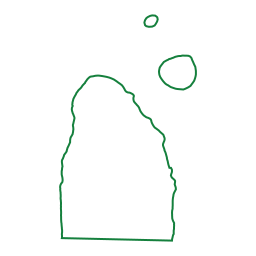 outline of North Ari, Maldives
{"feature_id": "70690204B20684534310008", "entity_name": "North Ari", "entity_type": "district", "adm_level": 2, "iso_a3": "MDV", "parent_name": "Maldives", "parent_adm1": "", "projection": "orthographic", "projection_center": [72.851, 4.166], "detail": "fine", "context": "isolated", "style": "outline", "palette": "green", "viewbox_px": 256, "rotation_deg": 0, "n_neighbors": 0, "source": "geoboundaries", "source_scale": "gbopen_adm2", "svg_char_len": 4452}
<svg xmlns="http://www.w3.org/2000/svg" viewBox="0 0 256 256"><path d="M172.0,240.6L172.1,239.1L172.5,237.6L172.8,236.2L173.2,234.8L173.7,234.0L173.7,232.1L173.7,230.6L174.0,228.9L174.0,227.8L174.0,226.9L174.1,226.0L174.1,225.1L174.0,224.3L174.1,223.9L174.1,223.4L174.1,223.0L173.0,220.8L172.5,219.4L172.2,218.1L172.2,217.1L172.1,215.8L172.1,214.0L172.0,212.9L172.1,212.0L172.1,211.0L172.6,208.7L172.6,207.1L172.7,205.5L172.7,203.9L172.7,202.5L172.7,200.8L172.8,199.3L173.0,197.6L173.3,196.2L173.5,194.6L173.9,193.3L174.5,192.0L175.2,190.7L175.9,189.3L175.7,187.3L175.1,185.6L174.7,184.3L175.0,182.5L175.1,181.0L174.7,180.2L173.5,179.0L171.8,177.5L171.4,176.7L170.9,175.4L171.3,173.8L171.8,172.5L172.0,171.1L171.9,169.6L171.0,167.9L170.5,167.9L169.4,167.8L169.0,166.5L168.4,164.6L168.0,162.8L167.7,161.1L167.2,159.6L166.9,158.2L166.9,157.6L166.1,154.7L165.7,153.2L165.3,152.1L164.5,150.4L164.5,149.9L164.1,148.5L163.4,146.7L163.0,145.3L163.0,144.2L163.6,142.4L164.3,140.8L164.6,139.7L164.6,138.2L163.3,134.7L161.7,133.3L160.2,132.0L158.7,130.4L157.6,129.6L156.4,128.7L154.8,127.6L153.9,126.5L152.9,124.9L152.1,123.4L151.5,121.9L151.2,120.5L150.8,119.5L149.9,118.7L148.3,117.9L147.0,117.5L146.1,117.1L143.6,115.3L142.1,113.6L141.4,112.6L140.7,111.6L140.4,111.1L140.1,110.3L139.7,109.5L139.5,108.8L139.2,108.1L138.9,107.4L138.4,106.7L138.0,106.1L137.5,105.6L136.8,104.9L136.3,104.2L135.4,103.3L134.6,102.3L134.0,101.6L133.7,100.7L133.5,99.7L133.4,98.9L133.4,97.9L133.7,96.8L133.9,95.9L133.3,94.7L132.4,94.0L130.3,92.9L129.4,92.6L128.0,92.5L126.8,92.0L125.9,91.4L125.0,90.2L124.6,89.3L123.4,87.2L122.0,85.3L120.2,83.9L118.3,82.6L116.6,81.3L113.9,79.5L111.2,78.3L109.3,77.6L106.7,76.9L104.7,76.5L102.5,76.1L100.4,75.8L98.9,75.6L97.2,75.6L95.2,75.8L93.0,76.3L91.3,76.5L90.3,76.7L89.0,77.6L88.1,78.5L87.4,79.2L86.5,80.5L85.2,82.3L85.0,83.0L84.3,83.6L83.5,84.5L82.7,85.3L82.0,86.3L81.3,87.4L80.5,88.3L79.2,89.5L78.3,90.4L77.6,91.5L76.5,92.9L75.8,94.5L74.9,96.0L74.3,97.1L73.4,98.9L72.9,100.9L72.5,102.3L72.5,103.2L72.3,104.1L72.3,104.7L72.4,105.4L72.7,105.8L72.6,106.3L72.1,107.3L71.9,108.2L71.8,109.5L72.1,111.1L72.4,112.0L72.8,113.5L73.2,114.1L73.5,115.0L73.7,115.6L74.1,116.5L74.4,117.5L74.5,118.1L74.3,119.1L74.0,120.5L73.7,121.7L73.3,123.6L72.9,125.0L73.0,126.2L73.2,126.9L73.3,128.2L73.4,129.3L73.2,130.4L73.1,131.4L73.0,132.2L72.7,133.5L72.6,134.2L72.0,135.2L71.6,135.9L71.2,136.6L70.7,137.4L70.4,138.4L70.2,139.7L70.1,140.7L70.1,141.6L70.1,142.3L69.7,143.2L69.3,144.1L68.7,145.5L68.1,146.7L67.5,147.9L67.2,149.0L66.8,150.4L66.6,151.5L65.9,152.5L65.3,153.4L64.7,154.1L64.0,155.2L63.8,156.3L63.5,157.0L63.2,157.7L63.0,158.4L62.6,159.1L62.2,159.8L61.9,160.9L61.9,162.1L62.0,163.0L62.2,164.5L62.3,165.4L62.5,166.3L62.2,167.6L62.0,169.1L62.0,169.9L61.8,170.5L61.7,171.2L61.7,171.8L61.7,173.1L61.7,174.4L61.9,175.5L62.2,176.7L62.4,177.7L62.5,178.5L62.6,179.6L62.6,180.7L62.4,181.7L62.2,182.4L61.8,182.8L61.2,183.5L60.7,184.5L60.4,185.3L60.2,186.2L60.1,187.2L60.3,188.3L60.2,189.7L60.4,191.3L60.6,192.6L60.6,194.0L60.7,194.6L60.7,196.9L60.6,197.6L60.6,198.9L60.8,200.1L60.9,201.6L61.0,202.7L61.0,204.1L60.9,205.4L61.0,206.5L60.9,208.5L61.0,210.0L61.1,211.8L61.1,213.5L61.0,215.5L61.1,216.7L61.1,217.9L61.1,219.1L61.2,220.8L61.3,222.3L61.5,223.3L61.6,225.1L61.7,226.1L61.8,227.2L61.9,227.9L61.9,228.9L62.1,230.0L62.1,231.0L62.1,231.7L62.1,232.1L62.1,232.5L62.0,232.8L62.0,233.1L61.9,233.8L61.9,234.2L61.9,234.7L62.0,235.4L62.0,236.3L62.0,237.7L61.9,238.1L172.0,240.6ZM195.9,72.6L195.9,70.9L195.6,68.9L195.3,66.8L194.4,65.0L193.8,63.7L193.1,62.0L192.2,60.1L191.8,59.1L191.6,58.3L191.1,57.6L190.1,56.5L188.5,55.8L187.0,55.7L185.5,55.7L183.6,55.6L182.2,55.6L180.7,56.0L179.5,56.0L178.2,56.1L177.0,56.4L175.7,56.7L174.6,57.1L173.4,57.7L172.1,58.1L170.4,58.8L169.2,59.0L168.0,59.8L166.6,60.4L165.0,61.3L163.8,62.0L162.5,63.7L161.4,65.1L160.4,66.5L159.7,67.7L159.3,69.5L159.0,71.3L159.1,72.9L159.4,74.8L160.3,77.1L161.6,79.1L162.9,80.9L164.2,82.4L165.1,83.4L166.5,84.5L168.1,85.3L169.7,86.4L170.9,87.1L173.8,88.1L175.6,88.7L177.4,89.0L179.5,89.2L181.1,89.3L183.3,89.5L185.0,88.9L186.9,88.0L188.3,87.3L190.5,85.9L191.8,84.1L193.0,82.5L194.2,80.7L195.1,78.1L195.6,76.2L195.9,74.4L195.9,72.6ZM157.3,17.5L156.8,16.8L155.1,15.6L153.7,15.5L152.2,15.4L150.1,15.9L147.7,17.1L146.3,18.2L145.0,20.3L144.4,22.4L144.5,23.1L145.1,25.2L146.3,26.2L148.9,26.8L152.2,26.6L154.6,25.5L155.7,24.0L157.1,21.5L157.7,19.4L157.3,17.5Z" fill="none" stroke="#15803d" stroke-width="2"/></svg>